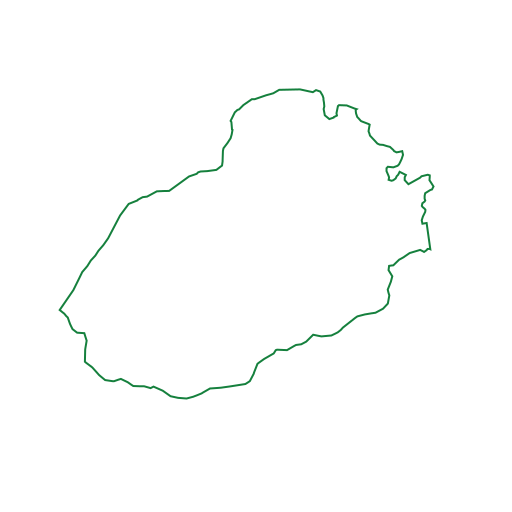 Awlad Saqr, Ash Sharqiyah, Egypt (Albers equal-area conic projection), rotated 205°
{"feature_id": "37247803B9128423140503", "entity_name": "Awlad Saqr", "entity_type": "district", "adm_level": 2, "iso_a3": "EGY", "parent_name": "Egypt", "parent_adm1": "Ash Sharqiyah", "projection": "albers", "projection_center": [31.765, 30.969], "detail": "fine", "context": "isolated", "style": "outline", "palette": "green", "viewbox_px": 512, "rotation_deg": 205, "n_neighbors": 0, "source": "geoboundaries", "source_scale": "gbopen_adm2", "svg_char_len": 3545}
<svg xmlns="http://www.w3.org/2000/svg" viewBox="0 0 512 512"><g transform="rotate(205 256 256)"><path d="M366.4,87.9L364.7,87.4L363.7,87.2L358.0,86.0L357.2,85.8L347.9,81.8L345.7,81.2L340.3,79.8L333.2,81.9L331.8,82.5L328.4,85.8L326.5,87.5L318.9,87.4L314.4,86.6L312.3,86.3L311.8,86.5L306.6,88.7L302.7,90.5L302.1,90.7L297.7,91.4L295.7,91.7L293.7,94.3L284.4,94.5L283.5,94.5L274.2,92.8L266.7,94.5L258.7,97.5L253.2,102.1L252.6,102.8L251.2,104.2L247.2,108.5L246.4,109.8L241.6,116.6L241.1,116.8L234.1,120.7L232.0,121.9L229.7,123.4L224.6,126.7L224.0,127.1L211.5,135.5L209.6,138.5L208.7,140.0L208.3,148.4L208.3,148.5L208.5,149.2L209.1,158.9L208.4,160.3L205.3,165.8L205.0,166.3L202.6,169.7L200.1,173.3L198.8,175.1L198.7,175.6L198.3,179.0L197.3,180.0L193.4,181.6L192.9,181.8L188.1,183.8L186.1,186.7L183.6,190.3L182.8,191.4L182.1,192.3L177.7,195.1L174.3,199.6L170.9,208.8L165.8,210.0L162.7,210.8L154.1,215.8L151.4,219.1L150.6,220.1L149.6,221.4L147.9,224.8L147.0,227.8L140.0,241.7L138.8,243.8L138.5,244.2L136.7,245.7L132.7,249.0L126.9,253.0L126.4,253.3L123.7,255.1L118.6,261.9L116.4,268.6L118.5,276.6L120.4,278.7L122.4,281.2L122.9,289.7L123.9,295.2L129.9,299.2L131.2,303.3L129.1,304.7L128.4,305.1L127.6,305.6L126.5,308.5L124.7,313.2L123.7,314.5L121.6,317.4L121.3,318.0L119.7,320.7L118.0,323.6L109.8,330.9L106.3,330.8L105.4,330.7L103.9,333.3L103.5,334.9L101.6,335.8L100.9,335.8L115.3,358.0L116.8,357.0L118.8,355.6L120.9,358.4L121.4,362.3L121.3,367.5L121.9,369.4L123.1,370.1L125.7,370.8L126.9,371.5L127.5,374.1L126.2,376.6L126.1,377.9L127.4,379.2L128.6,381.8L129.2,384.4L125.9,389.5L124.6,390.7L124.6,391.6L124.5,394.0L127.6,396.0L130.8,398.0L132.0,401.2L132.6,402.5L134.2,402.3L134.7,402.2L139.7,398.2L140.4,396.3L148.2,385.5L153.3,387.6L154.5,390.2L154.4,392.8L161.4,393.0L161.5,389.7L162.2,387.8L162.2,385.3L163.6,382.7L164.9,381.5L168.0,381.1L168.6,383.5L169.9,384.8L173.6,388.1L174.5,390.1L174.8,390.7L174.2,392.6L169.0,394.4L167.7,395.7L165.8,397.6L165.1,399.5L165.0,402.7L165.0,405.3L165.5,409.8L167.8,412.8L170.6,410.6L172.5,409.3L173.8,409.4L175.1,409.4L176.3,410.1L180.7,411.5L183.9,410.9L187.8,410.4L191.0,409.2L193.5,409.2L203.6,413.3L204.8,414.7L205.3,415.2L206.7,416.6L207.3,418.6L208.5,423.1L209.7,423.2L216.7,422.7L218.0,422.7L221.2,424.1L223.0,424.8L225.5,427.4L226.8,429.4L227.4,430.7L226.9,431.6L229.1,431.3L237.4,430.8L244.5,427.8L245.1,426.5L243.4,419.4L242.0,417.5L242.9,416.3L243.5,415.6L244.1,414.9L244.1,414.3L247.4,411.1L253.1,412.6L256.8,417.8L257.3,420.4L259.2,423.7L261.0,426.3L261.6,427.6L263.5,429.6L265.7,431.1L267.3,432.2L271.7,431.7L273.7,428.5L275.1,428.2L277.6,427.6L280.8,426.9L286.5,425.6L290.8,423.5L305.2,416.4L309.1,410.8L311.5,408.7L314.7,406.0L323.4,397.6L326.0,396.4L331.2,387.5L333.3,381.7L334.6,380.5L335.2,378.9L335.9,377.3L336.1,367.7L334.9,367.0L331.2,360.5L330.6,360.4L329.4,355.9L328.8,352.0L329.6,346.3L331.0,339.9L330.4,337.3L326.7,328.6L326.2,327.5L325.0,323.6L325.7,322.3L328.3,317.3L336.1,312.3L341.9,309.2L343.8,307.4L344.5,305.4L350.3,299.8L357.0,287.7L362.0,278.7L362.3,278.2L366.1,276.4L368.6,275.1L373.2,272.7L379.8,263.8L383.6,261.4L386.9,256.9L386.9,256.3L393.4,249.4L396.3,235.3L397.5,209.6L399.0,201.2L401.0,194.2L401.8,188.4L403.8,182.1L404.6,175.6L406.7,168.0L406.8,161.5L407.1,149.0L407.1,148.0L411.1,124.1L409.5,123.7L407.1,123.1L406.1,122.9L405.4,122.7L404.3,122.2L402.7,121.4L400.6,120.7L397.6,117.6L395.8,115.8L393.9,114.2L391.4,112.2L385.7,110.9L385.2,111.1L379.0,113.5L376.3,110.5L373.7,107.7L371.8,100.8L371.3,99.1L366.4,87.9Z" fill="none" stroke="#15803d" stroke-width="2"/></g></svg>